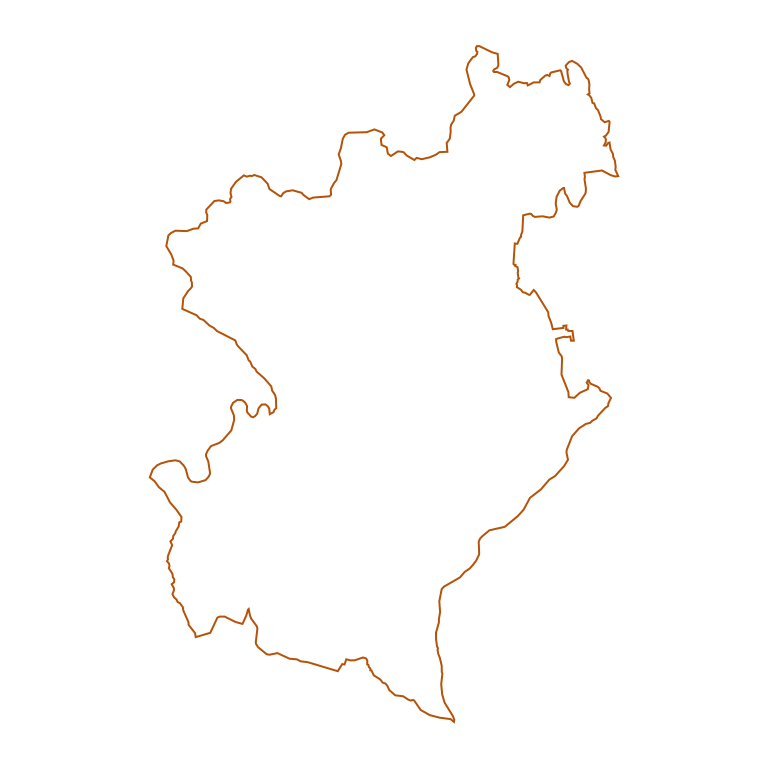 Dumbraveni, Sibiu, Romania (Mercator projection)
{"feature_id": "2599482B85989180229016", "entity_name": "Dumbraveni", "entity_type": "district", "adm_level": 2, "iso_a3": "ROU", "parent_name": "Romania", "parent_adm1": "Sibiu", "projection": "mercator", "projection_center": [24.552, 46.22], "detail": "fine", "context": "isolated", "style": "outline", "palette": "amber", "viewbox_px": 768, "rotation_deg": 0, "n_neighbors": 0, "source": "geoboundaries", "source_scale": "gbopen_adm2", "svg_char_len": 6062}
<svg xmlns="http://www.w3.org/2000/svg" viewBox="0 0 768 768"><path d="M195.7,637.1L210.3,632.8L217.4,617.6L219.7,616.6L224.7,616.6L235.5,622.0L242.5,623.9L246.3,615.5L248.0,609.7L248.7,609.0L250.0,615.6L251.2,618.6L256.8,626.3L257.4,628.5L255.8,642.2L256.1,644.1L258.3,647.4L266.8,654.3L269.7,654.7L277.4,653.1L289.5,658.7L297.1,659.4L300.5,661.3L307.8,662.2L337.8,671.2L342.2,664.1L344.5,664.5L346.3,659.3L350.5,660.4L354.7,660.3L362.9,657.5L366.0,658.4L367.3,660.4L367.2,664.4L368.4,664.9L368.9,667.1L370.4,668.5L370.3,670.3L371.5,670.5L373.8,675.4L380.2,679.4L382.6,682.6L385.4,683.5L387.3,685.7L389.2,690.0L395.2,695.3L403.2,696.3L408.1,699.5L410.8,700.6L413.0,699.9L414.2,700.5L420.7,710.0L429.7,715.1L439.7,717.7L450.6,719.1L453.9,721.9L454.3,719.9L453.0,716.3L444.6,702.6L442.2,694.5L441.2,684.2L442.4,673.6L441.8,672.0L441.7,665.7L439.8,657.7L438.3,654.0L437.5,649.7L438.0,648.4L437.0,646.2L436.1,639.5L436.0,632.8L438.9,622.4L438.9,619.1L440.1,612.1L439.3,601.3L441.7,589.1L443.9,586.7L460.0,577.4L464.6,572.0L469.7,568.5L473.2,564.6L476.2,560.6L478.8,555.2L479.2,553.8L478.7,541.7L480.0,538.7L482.0,536.5L489.4,530.3L504.8,526.8L517.7,516.2L523.6,509.7L530.0,497.8L541.0,489.3L549.3,479.6L555.0,476.1L564.1,466.1L568.0,459.7L566.5,452.8L566.7,449.9L572.1,436.2L579.1,428.3L585.9,423.9L590.0,422.9L592.2,420.8L596.5,418.4L597.9,415.8L605.3,407.9L607.9,406.2L608.5,403.0L611.0,397.9L607.3,393.5L600.5,390.8L599.4,388.3L597.8,386.8L590.8,383.8L589.2,381.9L589.0,380.5L588.1,380.2L586.7,382.7L588.5,385.1L587.8,389.2L579.8,392.8L574.4,397.8L568.7,397.2L568.4,392.1L561.5,374.6L562.1,358.5L561.6,356.2L558.8,352.5L556.2,341.8L556.1,339.0L564.2,336.7L566.4,337.2L570.3,336.5L571.0,340.7L573.8,340.7L572.5,331.0L568.2,330.9L567.7,329.5L566.1,329.5L566.4,325.5L563.4,325.8L563.5,327.9L552.8,329.2L551.1,322.5L548.5,315.9L548.2,312.2L536.0,292.4L533.7,290.0L529.9,294.8L528.9,294.8L525.4,292.8L522.7,292.2L521.1,289.9L516.9,287.1L517.1,285.4L516.4,283.8L517.5,282.0L517.8,279.4L519.1,278.5L518.3,277.4L517.7,272.7L518.1,271.4L517.5,267.2L515.0,265.8L515.4,265.0L513.6,264.3L513.5,263.2L514.8,243.5L517.4,243.8L520.0,237.6L521.0,236.9L521.0,235.2L522.4,231.3L523.2,215.3L529.6,213.7L531.1,213.9L533.0,216.0L534.9,216.9L542.6,216.3L549.5,217.6L553.7,216.5L555.8,212.8L556.8,209.7L555.7,203.6L556.6,196.8L559.7,190.7L563.3,188.0L564.0,188.0L565.2,193.7L567.0,196.0L569.8,202.8L573.1,206.2L577.3,206.8L578.7,205.8L580.6,201.0L585.3,193.7L585.8,191.8L585.9,188.4L584.5,179.3L584.9,176.7L584.4,172.8L602.0,170.5L610.8,175.2L615.2,176.5L618.2,176.1L615.3,169.8L615.7,166.8L614.8,160.4L613.3,157.3L612.9,153.8L610.6,149.5L609.5,142.5L608.2,143.0L606.1,145.7L604.0,145.5L605.7,142.1L605.8,139.7L605.7,138.6L604.0,136.6L605.9,135.6L608.6,131.9L609.6,122.1L608.9,120.9L604.7,122.2L601.0,119.2L600.5,116.4L598.0,110.1L596.0,108.2L594.2,103.4L592.5,102.9L591.3,97.9L589.2,95.1L587.9,94.5L589.6,93.1L589.1,89.8L589.4,84.4L588.7,80.3L587.8,78.6L586.5,77.8L581.2,67.5L577.3,63.8L572.1,60.9L568.9,62.1L565.7,65.6L566.1,67.8L568.0,69.8L567.3,70.6L567.6,74.0L569.0,81.7L569.9,83.6L568.5,85.1L566.0,84.1L563.9,81.3L561.1,71.1L560.2,70.3L551.1,72.5L550.2,73.5L549.5,76.0L547.4,75.0L545.3,75.6L540.3,80.0L539.6,82.4L533.7,82.4L527.8,85.4L527.0,83.1L523.8,83.2L518.2,81.7L513.8,83.8L510.0,87.1L507.3,84.9L509.3,80.0L508.8,77.6L507.9,76.4L497.2,72.0L494.0,72.0L493.2,71.0L494.2,69.4L497.4,67.6L498.4,65.2L497.7,53.9L491.8,52.2L479.5,46.2L476.9,46.1L475.9,48.0L476.2,50.8L477.4,51.9L477.1,53.8L475.3,56.3L472.8,57.2L469.7,61.3L468.1,63.8L466.5,69.7L470.1,84.1L474.2,94.4L474.2,95.6L461.4,111.8L454.8,115.7L453.7,120.7L451.2,124.5L450.5,127.7L450.7,131.6L449.8,138.6L446.7,143.0L447.4,151.8L439.6,152.1L435.7,154.8L429.8,157.3L421.9,159.2L416.6,157.9L414.4,160.0L406.8,155.6L403.7,152.3L402.5,151.9L397.9,151.4L391.0,156.0L387.9,153.7L386.7,147.3L381.5,144.9L380.9,138.7L384.3,135.2L382.3,132.5L374.4,129.4L366.8,132.2L348.6,132.7L345.0,134.8L342.8,138.8L340.9,148.1L338.7,154.5L340.9,160.9L341.3,164.1L336.4,180.3L334.2,182.8L331.1,188.4L330.7,190.0L331.1,194.7L329.5,196.3L312.9,197.6L309.2,199.2L303.5,195.0L301.6,192.8L292.6,190.3L286.0,191.4L283.2,193.1L281.2,196.3L279.7,196.0L269.4,189.0L267.7,183.8L261.5,177.3L254.2,175.0L251.9,176.1L250.0,175.7L246.8,176.6L243.8,175.4L236.0,181.8L231.1,188.7L230.5,192.9L231.5,197.0L230.1,199.0L230.4,201.6L230.0,202.4L226.1,203.0L223.6,201.2L218.9,200.4L214.4,201.0L206.3,209.6L206.2,212.3L207.3,215.2L207.0,221.1L200.8,223.6L198.1,228.4L193.5,228.7L186.8,231.1L175.4,230.7L170.8,233.1L168.4,235.4L166.3,246.1L171.4,254.7L173.6,260.7L173.2,264.6L182.6,268.4L185.8,271.4L190.8,276.9L191.1,280.6L191.9,282.7L192.0,286.5L191.2,287.8L188.0,291.2L183.3,298.3L182.3,308.9L196.7,315.3L199.8,318.7L203.4,319.9L209.4,325.5L213.6,327.8L217.2,331.2L235.3,340.4L236.7,344.3L238.2,346.4L246.7,355.2L248.7,360.4L250.1,361.5L252.4,366.7L255.3,368.9L256.6,371.6L264.3,378.4L271.3,386.4L272.1,390.5L275.1,395.1L276.0,398.8L276.2,408.2L274.4,409.8L273.5,412.2L269.8,414.2L269.2,408.5L267.7,406.1L265.4,404.4L261.6,404.6L258.6,408.3L257.2,413.6L255.2,416.0L253.0,417.3L251.0,416.5L247.3,412.4L246.8,410.3L247.1,406.0L244.9,402.3L243.3,401.0L241.6,400.0L237.4,399.9L233.0,402.9L231.1,406.7L231.0,408.3L233.8,415.1L234.2,419.9L231.3,430.4L222.7,440.3L219.5,442.8L211.0,446.1L207.6,450.7L206.0,454.4L206.0,456.1L208.3,461.5L210.1,473.4L208.8,476.5L205.6,480.1L198.1,482.4L191.8,481.7L190.4,480.8L188.0,477.5L185.8,469.1L183.7,465.5L179.6,461.3L175.4,460.3L168.3,461.3L160.7,463.5L157.0,465.4L152.7,469.7L149.8,477.4L154.6,481.2L158.9,487.2L164.5,491.8L170.0,502.4L176.5,509.9L181.5,517.0L181.2,521.6L179.3,522.3L178.6,526.6L175.7,531.4L175.3,533.2L173.3,535.8L173.0,538.7L170.4,541.4L172.2,545.1L168.2,555.3L167.7,557.3L168.0,559.3L167.0,561.2L169.0,563.5L169.5,566.0L168.8,568.1L172.4,573.8L172.9,577.2L174.3,579.3L174.1,582.3L171.7,584.2L173.9,588.1L173.9,590.4L172.5,594.0L172.9,595.1L174.1,597.4L176.5,599.5L177.6,602.0L180.0,603.2L182.9,607.3L183.3,610.5L188.4,622.0L188.7,625.0L195.0,633.0L195.7,637.1Z" fill="none" stroke="#b45309" stroke-width="2"/></svg>